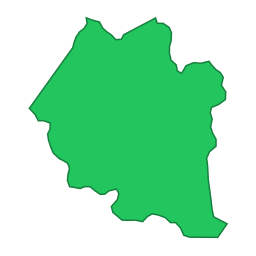 the district of São Ludgero, Santa Catarina, Brazil, rotated 179°
{"feature_id": "56859067B3541578386981", "entity_name": "São Ludgero", "entity_type": "district", "adm_level": 2, "iso_a3": "BRA", "parent_name": "Brazil", "parent_adm1": "Santa Catarina", "projection": "orthographic", "projection_center": [-49.171, -28.352], "detail": "fine", "context": "isolated", "style": "filled", "palette": "green", "viewbox_px": 256, "rotation_deg": 179, "n_neighbors": 0, "source": "geoboundaries", "source_scale": "gbopen_adm2", "svg_char_len": 1290}
<svg xmlns="http://www.w3.org/2000/svg" viewBox="0 0 256 256"><g transform="rotate(179 128 128)"><path d="M68.5,17.8L40.2,17.1L30.6,30.5L35.6,33.2L43.9,37.7L45.3,44.8L47.2,62.9L48.6,74.4L49.1,88.9L49.9,96.5L46.9,102.9L40.3,108.3L40.2,115.2L43.6,121.6L45.4,127.8L43.7,135.4L45.5,141.8L44.2,147.1L36.8,150.0L30.1,154.8L29.7,162.5L33.9,168.9L31.9,177.0L34.8,181.9L39.3,185.0L42.9,189.1L45.9,193.3L54.0,191.4L61.1,192.2L68.8,189.3L73.5,181.6L77.7,184.3L78.7,190.2L83.9,195.2L85.3,202.0L85.1,208.7L83.3,214.8L82.9,222.4L85.0,227.7L91.0,232.0L96.9,232.2L98.6,237.5L130.7,221.3L133.1,216.8L138.7,216.5L142.9,221.3L147.7,224.7L151.6,228.4L154.7,234.5L162.1,236.6L167.8,238.9L167.0,233.1L170.2,228.3L174.7,225.0L178.3,219.9L180.4,214.5L181.8,209.3L226.3,149.3L220.7,143.2L217.5,136.8L212.3,136.8L205.7,134.3L206.0,128.2L208.4,123.4L207.7,117.2L205.3,109.6L203.0,104.1L197.1,98.5L193.0,96.4L189.0,93.9L187.2,88.9L188.8,82.5L189.5,76.6L187.3,70.3L182.1,69.4L177.0,68.3L172.1,70.2L166.8,69.9L161.7,65.5L156.8,62.1L152.3,62.3L148.2,65.5L140.7,67.1L138.3,62.8L139.8,56.7L146.0,49.8L144.6,43.9L140.3,40.2L135.6,36.0L129.2,35.7L122.5,35.8L115.0,34.1L110.2,39.1L105.3,41.7L99.3,40.5L92.2,37.7L87.2,32.7L82.1,32.6L77.2,27.1L74.1,19.8L68.5,17.8Z" fill="#22c55e" stroke="#15803d" stroke-width="1.5"/></g></svg>